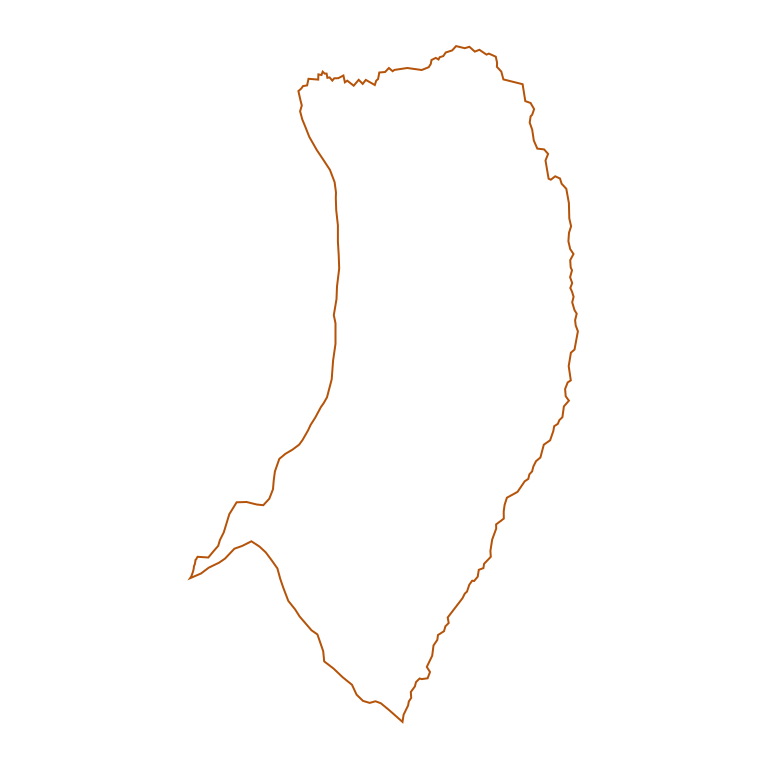 outline of Baney, Bioko Norte, Equatorial Guinea
{"feature_id": "11065452B68125244133984", "entity_name": "Baney", "entity_type": "district", "adm_level": 2, "iso_a3": "GNQ", "parent_name": "Equatorial Guinea", "parent_adm1": "Bioko Norte", "projection": "equal_earth", "projection_center": [8.855, 3.645], "detail": "fine", "context": "isolated", "style": "outline", "palette": "amber", "viewbox_px": 768, "rotation_deg": 0, "n_neighbors": 0, "source": "geoboundaries", "source_scale": "gbopen_adm2", "svg_char_len": 3108}
<svg xmlns="http://www.w3.org/2000/svg" viewBox="0 0 768 768"><path d="M190.1,578.2L201.0,573.5L208.7,567.7L219.2,562.6L225.0,558.6L234.4,548.7L242.0,546.0L251.4,541.3L259.4,546.5L265.7,552.3L271.3,559.8L277.4,568.4L280.3,579.0L283.2,587.5L288.3,600.9L295.1,609.4L299.7,616.6L311.5,630.3L317.4,634.4L319.8,641.3L323.2,651.2L324.2,661.4L333.6,668.6L342.6,677.2L352.0,684.8L356.6,694.7L363.0,700.9L369.7,702.9L374.6,701.5L375.6,701.3L380.9,703.3L388.9,709.9L402.5,721.9L403.6,714.7L408.1,705.5L408.8,701.5L411.2,697.9L410.8,692.0L414.9,686.4L416.0,682.1L419.6,678.5L421.6,679.1L427.6,678.3L430.0,672.0L426.8,666.9L432.2,655.7L433.5,645.5L437.3,639.9L438.0,635.0L444.0,631.2L445.4,626.3L448.7,623.0L447.7,617.5L462.5,598.2L464.8,593.6L467.0,591.6L469.3,584.7L472.2,580.7L474.1,581.0L477.7,576.7L478.8,569.8L483.4,568.1L484.1,563.8L490.8,556.8L490.4,550.9L492.2,539.5L496.2,528.6L496.1,524.4L503.8,518.6L503.7,511.5L504.6,504.9L506.9,497.7L517.5,491.9L524.7,481.3L528.3,478.9L529.4,474.3L532.1,471.4L533.4,466.4L536.0,461.2L540.4,457.5L543.8,444.7L550.1,440.3L553.3,431.1L554.2,426.2L557.9,423.8L559.3,420.2L562.4,417.2L563.9,406.4L568.9,400.7L565.7,396.2L565.1,389.0L567.7,382.4L570.8,380.4L568.7,366.1L570.9,352.7L574.5,349.6L577.9,331.3L575.7,325.4L575.1,320.2L576.7,313.7L574.5,310.1L572.2,302.3L573.6,296.8L572.0,291.6L570.3,288.0L572.2,283.1L570.1,277.2L572.0,270.3L570.7,267.4L570.2,260.2L573.5,254.0L570.2,249.1L568.4,241.3L569.0,232.8L571.1,226.3L569.3,218.5L568.9,203.1L566.3,188.8L561.6,183.7L560.0,178.5L555.2,176.3L550.8,179.7L548.6,178.7L545.5,160.5L548.1,153.9L544.1,149.4L537.3,148.6L533.8,140.5L532.2,129.7L529.7,122.6L530.6,116.4L532.2,114.7L534.1,109.1L530.6,103.0L525.3,101.1L522.6,84.2L503.4,79.4L501.3,71.6L496.9,66.8L497.1,62.9L495.8,56.7L488.9,53.6L486.5,54.6L479.4,49.8L474.8,51.6L469.4,46.8L464.8,48.2L456.1,46.1L452.2,50.4L445.7,52.5L443.3,56.1L439.7,57.2L438.5,59.5L435.8,57.9L431.5,60.0L430.8,63.9L428.7,67.2L421.7,70.0L407.3,68.0L394.5,69.9L392.6,71.2L388.9,68.0L385.1,72.0L379.3,72.5L378.1,79.0L376.2,80.7L374.8,85.0L365.8,79.9L362.7,83.9L358.7,79.8L353.7,85.7L347.3,80.7L344.9,82.3L343.4,75.5L338.3,78.2L334.2,78.3L332.3,80.6L329.6,77.4L327.4,77.8L326.6,73.6L324.7,73.6L322.7,71.7L321.5,75.0L318.4,74.4L318.2,79.6L308.5,78.8L307.1,85.4L303.0,86.1L301.3,88.5L298.4,91.1L300.4,100.0L301.8,105.5L300.1,111.3L302.3,119.5L305.0,126.0L309.3,136.9L316.9,150.2L322.2,158.1L329.9,169.8L334.6,182.1L336.0,192.6L335.8,197.8L336.2,210.0L337.9,225.4L337.9,241.8L338.7,254.8L339.2,268.4L337.0,286.5L336.5,299.1L333.8,315.1L335.5,323.3L335.5,343.8L333.1,360.5L331.7,379.3L327.0,397.3L323.7,403.1L321.0,406.9L315.2,417.7L310.6,424.9L308.1,430.3L302.6,439.9L299.2,444.6L292.4,449.7L285.4,453.8L279.3,458.9L274.9,471.5L273.7,480.7L273.0,489.2L269.3,498.7L263.3,505.2L256.7,504.5L246.6,502.0L236.6,502.3L233.5,507.4L229.3,514.2L223.8,532.3L219.9,540.1L218.2,545.9L214.3,550.3L208.3,557.5L197.6,556.8L196.6,558.4L196.4,559.0L195.4,560.1L195.4,561.1L194.8,564.2L194.0,566.1L193.7,568.6L193.1,571.3L192.5,573.1L191.7,575.4L191.1,576.7L190.1,578.2Z" fill="none" stroke="#b45309" stroke-width="2"/></svg>